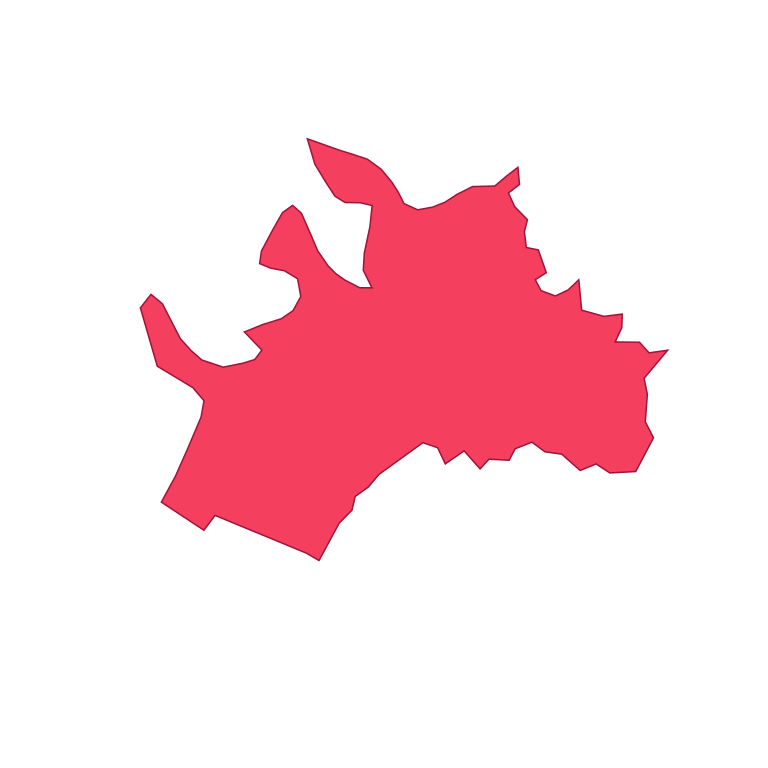 Sagrada Família, Rio Grande do Sul, Brazil, rotated 228°
{"feature_id": "56859067B13063970392536", "entity_name": "Sagrada Família", "entity_type": "district", "adm_level": 2, "iso_a3": "BRA", "parent_name": "Brazil", "parent_adm1": "Rio Grande do Sul", "projection": "mercator", "projection_center": [-53.123, -27.702], "detail": "fine", "context": "isolated", "style": "filled", "palette": "rose", "viewbox_px": 768, "rotation_deg": 228, "n_neighbors": 0, "source": "geoboundaries", "source_scale": "gbopen_adm2", "svg_char_len": 1539}
<svg xmlns="http://www.w3.org/2000/svg" viewBox="0 0 768 768"><g transform="rotate(228 384 384)"><path d="M296.3,217.6L310.6,257.7L311.7,275.8L319.7,287.4L317.9,303.5L320.2,319.7L314.4,373.6L300.8,381.2L283.6,376.1L280.7,398.8L256.6,398.6L257.9,411.7L243.6,426.0L248.1,438.1L241.8,455.0L225.8,458.3L213.0,469.1L188.5,471.9L182.7,488.1L166.8,492.3L150.5,512.5L163.7,548.3L181.1,552.9L200.1,572.8L214.2,581.1L219.3,617.4L229.8,601.8L244.1,601.8L260.6,583.9L266.8,598.5L276.6,607.8L287.1,592.7L306.6,580.3L331.1,598.5L330.7,583.9L334.7,570.3L348.3,563.2L360.3,566.2L358.1,579.1L380.4,588.4L390.2,581.1L403.2,590.2L410.1,600.5L428.4,599.8L442.7,604.3L441.6,618.2L455.4,628.5L456.5,614.9L457.0,598.8L471.5,581.9L476.0,565.5L478.4,550.6L482.9,538.5L490.9,525.6L504.7,519.6L516.8,522.9L528.6,524.9L545.4,525.6L562.1,522.1L574.6,515.0L587.8,507.2L617.5,491.1L593.6,479.7L572.4,475.7L556.3,473.2L544.9,476.5L534.4,487.8L524.6,494.6L510.5,479.0L494.5,457.0L482.4,444.7L463.5,439.4L471.9,430.3L487.3,424.5L498.3,422.0L509.2,421.5L527.1,423.8L544.7,429.8L566.1,436.9L577.9,435.6L579.3,423.3L572.8,403.8L564.8,381.9L556.7,372.1L545.8,377.4L534.9,385.7L520.1,390.2L504.7,380.7L499.4,365.5L501.2,351.4L509.2,334.0L516.1,315.1L490.9,315.9L488.7,304.3L493.8,293.2L504.1,275.8L523.7,264.7L537.8,263.0L554.1,263.0L577.9,269.3L591.8,273.0L606.5,270.8L603.6,253.9L548.9,227.4L509.2,239.5L492.0,239.0L481.8,225.9L466.8,193.7L455.0,167.2L445.2,139.5L395.8,152.3L399.4,170.5L310.3,213.1L296.3,217.6Z" fill="#f43f5e" stroke="#9f1239" stroke-width="1.5"/></g></svg>